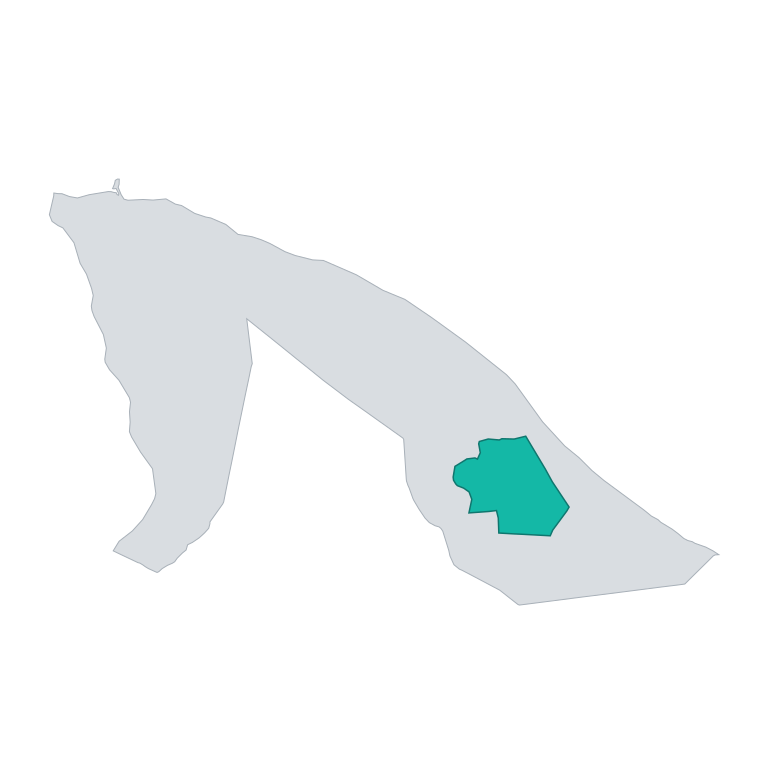 location of Bay within Somalia, rotated 263°
{"feature_id": "SOM-2313", "entity_name": "Bay", "entity_type": "Region", "adm_level": 1, "iso_a3": "SOM", "parent_name": "Somalia", "parent_adm1": "", "projection": "mercator", "projection_center": [43.708, 2.69], "detail": "fine", "context": "in_parent", "style": "filled", "palette": "teal", "viewbox_px": 768, "rotation_deg": 263, "n_neighbors": 0, "source": "natural_earth", "source_scale": "10m", "svg_char_len": 2981}
<svg xmlns="http://www.w3.org/2000/svg" viewBox="0 0 768 768"><g transform="rotate(263 384 384)"><path d="M174.0,691.8L173.3,689.9L169.0,684.4L161.0,674.0L155.0,666.2L148.8,658.2L148.7,651.7L148.7,632.7L148.5,594.5L148.4,556.4L148.2,518.2L148.1,499.2L148.1,491.4L148.8,490.1L155.8,483.1L165.2,473.8L177.5,456.2L184.2,446.6L189.7,438.6L191.1,436.2L196.1,431.4L205.3,428.5L211.0,428.0L230.8,424.4L233.7,422.9L235.5,421.2L237.1,417.4L240.9,412.1L245.9,408.4L255.3,403.6L264.6,399.5L266.6,398.8L277.7,396.3L280.5,395.4L285.0,394.5L286.7,394.5L302.2,395.4L314.3,396.1L326.7,396.8L328.0,396.2L336.7,386.7L350.6,371.5L359.4,361.9L373.0,346.9L383.5,336.1L395.1,324.1L406.4,313.2L419.9,300.0L428.5,291.7L441.7,278.9L454.3,266.6L465.5,255.7L450.1,255.7L435.1,255.7L420.2,255.7L417.6,254.4L405.1,250.2L389.4,244.8L369.8,238.2L355.9,233.5L341.0,228.6L325.9,223.6L314.1,219.6L299.3,214.7L286.5,210.5L284.7,209.4L277.6,202.9L268.3,194.4L266.5,194.2L262.1,192.4L258.1,187.8L253.9,181.9L250.1,174.5L248.4,169.5L243.3,167.3L240.9,163.4L236.3,157.5L233.1,154.6L231.9,152.1L230.4,147.0L227.8,141.3L225.3,137.8L224.7,136.4L224.8,135.4L229.5,127.7L231.6,125.0L234.0,122.4L236.0,119.8L236.7,118.0L242.4,109.0L247.4,101.1L251.4,94.9L260.2,101.9L268.8,116.3L278.8,127.9L292.6,138.6L298.1,142.3L303.0,144.2L328.1,143.9L346.0,134.1L362.2,127.0L367.7,125.5L377.1,127.4L387.5,128.0L396.8,130.2L401.5,129.6L420.0,121.4L431.6,113.3L439.6,109.9L442.7,109.9L453.5,112.8L467.3,111.5L486.3,104.5L492.4,103.1L497.0,103.0L507.3,106.2L508.9,106.0L514.5,105.4L529.3,102.1L540.8,97.1L562.0,93.5L578.1,84.3L580.9,79.9L585.8,74.4L592.8,72.5L610.9,79.1L613.8,79.6L612.7,83.5L612.1,87.6L608.4,94.6L606.0,102.4L607.8,114.4L608.6,133.7L608.2,136.5L607.0,139.3L606.5,141.5L604.5,142.2L603.7,143.5L605.1,144.0L610.7,141.9L610.6,139.6L611.0,138.4L615.6,141.0L618.9,142.1L619.9,144.5L619.6,146.2L614.4,145.4L611.7,144.1L603.9,146.2L599.1,148.5L597.6,152.3L596.5,167.4L594.7,177.2L594.3,190.2L588.0,198.8L585.8,204.8L576.4,216.9L571.5,227.3L569.9,232.3L561.6,246.5L550.3,257.3L546.2,271.1L542.1,279.8L537.5,287.7L527.5,301.7L522.4,311.4L515.9,328.2L514.0,338.9L495.8,369.8L477.1,394.4L465.4,415.1L444.4,439.1L415.7,470.0L378.3,506.7L368.1,514.2L327.1,536.8L300.5,555.8L287.0,568.7L272.7,579.9L261.4,590.6L227.2,626.7L223.7,630.1L220.3,633.3L216.0,639.4L213.0,641.9L204.9,652.2L199.8,657.5L194.1,662.8L191.6,666.5L189.9,670.8L188.0,673.2L182.9,683.5L178.3,690.2L173.8,695.5L174.0,691.8Z" fill="#d9dde1" stroke="#a8b0b8" stroke-width="1"/><path d="M283.2,441.3L293.6,444.4L298.6,455.3L299.5,457.1L299.5,465.3L298.1,467.6L304.0,471.2L313.1,470.7L315.3,471.6L316.7,480.7L314.4,491.6L315.3,494.3L313.5,506.5L314.9,518.3L280.0,533.7L266.5,539.1L254.7,545.0L239.3,552.7L235.7,550.0L218.5,533.7L213.1,530.5L218.1,502.4L219.4,494.7L222.1,479.8L237.1,481.1L244.7,480.2L244.7,472.5L245.7,452.6L258.8,457.1L266.5,455.3L271.0,450.3L274.2,444.4L276.0,443.1L280.0,441.3L283.2,441.3Z" fill="#14b8a6" stroke="#0f766e" stroke-width="1.5"/></g></svg>